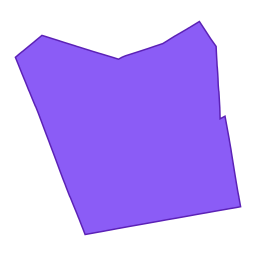 outline of Comuna 6, Ciudad de Buenos Aires, Argentina
{"feature_id": "61730980B491501502306", "entity_name": "Comuna 6", "entity_type": "district", "adm_level": 2, "iso_a3": "ARG", "parent_name": "Argentina", "parent_adm1": "Ciudad de Buenos Aires", "projection": "mercator", "projection_center": [-58.443, -34.617], "detail": "fine", "context": "isolated", "style": "filled", "palette": "violet", "viewbox_px": 256, "rotation_deg": 0, "n_neighbors": 0, "source": "geoboundaries", "source_scale": "gbopen_adm2", "svg_char_len": 1784}
<svg xmlns="http://www.w3.org/2000/svg" viewBox="0 0 256 256"><path d="M35.8,106.9L38.4,113.4L41.7,122.2L43.6,127.3L46.3,134.5L49.3,142.3L49.7,143.5L53.5,153.5L56.9,162.6L60.1,171.3L63.3,179.8L65.1,184.3L66.3,187.6L69.7,196.3L69.8,196.5L70.3,197.4L73.4,205.1L77.0,213.8L78.2,216.9L78.9,218.5L81.8,226.0L82.5,227.7L85.1,234.5L91.9,233.3L99.0,232.0L100.9,231.7L104.7,231.0L106.1,230.7L110.6,229.9L117.4,228.6L119.7,228.2L129.6,226.4L139.3,224.7L146.6,223.4L160.6,220.9L166.5,219.8L175.4,218.3L184.9,216.6L190.5,215.6L196.4,214.5L204.4,213.1L205.7,212.9L214.5,211.3L222.6,209.9L230.5,208.5L231.8,208.3L235.9,207.6L238.6,207.1L240.6,206.7L240.2,204.6L239.3,199.5L239.0,198.1L238.9,197.1L238.0,192.6L237.6,190.4L236.2,182.1L236.0,180.9L234.1,169.3L233.8,167.4L233.2,163.6L232.4,158.7L231.1,150.6L231.1,150.3L230.9,149.1L229.4,140.5L229.2,139.1L227.9,132.0L225.2,117.3L225.0,116.2L220.1,118.8L219.8,107.9L219.5,102.6L218.9,91.8L218.7,90.7L218.3,85.9L218.2,84.3L218.0,78.6L217.7,73.2L217.3,67.6L217.1,66.0L216.9,61.5L216.8,60.2L216.5,54.8L216.1,46.4L210.7,38.8L205.7,31.1L199.4,21.5L196.1,23.5L195.8,23.7L189.2,27.7L188.0,28.4L186.9,29.1L178.8,33.8L177.4,34.6L176.3,35.3L176.1,35.4L175.3,35.8L170.3,38.9L167.0,41.0L162.6,43.7L162.1,43.8L156.8,45.6L155.5,46.0L148.5,48.4L147.6,48.7L139.9,51.2L139.0,51.5L131.5,53.9L125.5,55.8L122.1,57.2L118.5,59.2L113.5,57.6L100.9,53.8L99.4,53.4L93.5,51.6L90.9,50.8L90.3,50.6L88.8,50.1L88.6,50.1L88.4,50.0L85.5,49.1L82.3,48.1L79.8,47.3L76.4,46.3L75.7,46.0L69.9,44.2L63.8,42.3L60.4,41.2L58.6,40.6L53.8,39.1L44.3,36.1L41.9,35.4L39.9,37.1L35.4,40.8L34.5,41.6L29.1,46.0L22.7,51.3L22.1,51.7L18.8,54.4L16.6,56.3L15.4,57.3L18.6,65.2L22.0,73.7L25.6,82.4L28.8,90.4L29.3,91.4L32.1,98.3L35.2,105.8L35.8,106.9Z" fill="#8b5cf6" stroke="#5b21b6" stroke-width="1.5"/></svg>